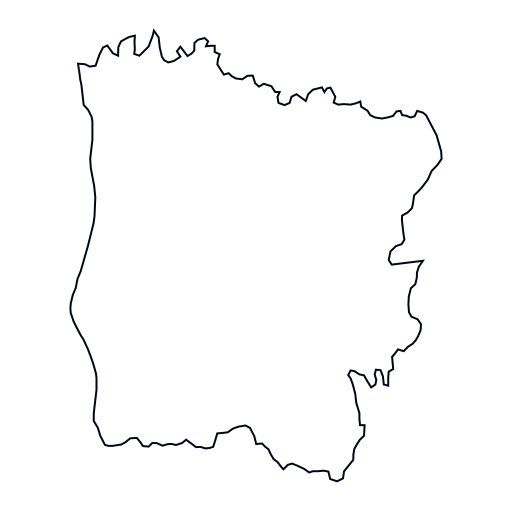 Ribamar Fiquene, Maranhão, Brazil (Natural Earth projection)
{"feature_id": "56859067B76896659935241", "entity_name": "Ribamar Fiquene", "entity_type": "district", "adm_level": 2, "iso_a3": "BRA", "parent_name": "Brazil", "parent_adm1": "Maranhão", "projection": "natural_earth1", "projection_center": [-47.299, -5.958], "detail": "fine", "context": "isolated", "style": "outline", "palette": "ink", "viewbox_px": 512, "rotation_deg": 0, "n_neighbors": 0, "source": "geoboundaries", "source_scale": "gbopen_adm2", "svg_char_len": 3216}
<svg xmlns="http://www.w3.org/2000/svg" viewBox="0 0 512 512"><path d="M83.7,105.0L88.1,109.8L91.6,116.8L92.4,121.6L92.4,139.8L90.2,158.8L90.8,168.1L94.2,186.1L95.3,197.4L94.5,216.2L93.6,223.0L88.0,245.7L80.7,271.2L77.6,278.6L75.7,288.0L72.7,295.3L70.8,303.5L70.4,308.1L70.7,312.8L73.5,321.1L76.7,327.6L80.8,335.4L83.3,339.2L88.0,349.4L90.6,356.2L93.2,363.6L95.9,373.2L96.5,377.7L96.5,389.8L93.8,413.0L93.7,420.9L97.9,427.9L100.2,435.6L104.9,444.8L108.5,445.9L112.4,445.9L121.3,444.5L125.6,442.1L130.3,438.3L136.8,437.9L140.1,441.9L143.0,446.1L148.6,446.6L152.3,443.0L156.8,443.1L162.6,445.7L167.5,444.2L171.4,443.9L176.0,445.0L182.1,443.0L186.1,439.7L191.3,443.5L195.9,447.1L200.5,446.9L205.4,448.4L209.5,448.0L213.2,446.8L215.0,441.2L217.3,433.4L222.9,432.9L227.8,432.3L232.8,428.7L238.2,426.7L245.5,425.5L250.0,427.9L254.3,436.2L256.2,444.0L262.0,443.5L265.3,446.8L268.4,449.2L270.8,454.3L273.6,459.1L277.7,462.2L280.5,466.0L283.4,469.3L287.9,464.8L292.2,463.6L297.4,465.7L304.0,468.8L309.3,472.5L312.9,471.2L318.0,471.2L323.7,470.7L328.4,471.6L330.2,479.0L337.1,481.3L343.0,478.4L344.0,471.4L353.3,459.8L353.4,454.4L354.3,449.0L356.5,445.0L359.9,439.7L364.0,435.8L364.6,425.2L360.0,425.1L359.4,418.6L359.4,413.1L356.3,402.9L355.2,393.7L354.0,389.0L352.5,383.6L350.6,378.4L348.2,375.1L350.6,370.5L354.4,371.1L359.4,374.4L364.0,375.3L367.3,381.2L371.2,387.4L375.4,384.5L376.3,380.0L374.7,374.6L375.9,369.7L380.5,370.1L382.9,376.2L383.8,384.5L388.2,385.7L388.2,378.1L388.7,371.7L393.2,369.0L392.5,361.4L392.1,356.8L394.8,353.8L398.0,349.4L403.7,351.2L408.0,346.8L412.7,343.7L415.8,340.2L418.2,336.0L420.6,330.2L421.0,324.3L417.6,319.3L411.5,316.7L409.0,312.3L408.4,304.5L408.8,296.5L410.9,288.2L415.3,284.2L416.8,277.8L417.0,272.4L418.8,266.8L422.9,260.8L406.4,262.8L391.7,264.6L388.7,259.9L390.5,251.4L395.8,246.2L401.7,244.1L404.4,239.6L403.3,232.5L401.9,220.0L402.1,215.6L407.8,212.4L411.9,208.2L412.9,204.0L414.1,195.4L417.4,192.2L421.9,187.4L427.8,179.6L431.6,171.0L437.4,165.0L441.6,158.8L441.2,151.6L437.8,139.5L436.6,135.3L426.2,115.4L423.1,112.7L417.2,110.9L414.6,116.3L410.6,117.5L406.2,115.7L402.1,115.1L400.5,110.9L396.6,111.4L392.9,116.0L387.3,117.5L382.1,118.5L375.1,117.5L370.3,115.2L367.5,110.7L361.2,106.7L360.3,101.5L356.3,103.2L350.6,104.6L343.9,104.1L338.2,104.6L333.7,102.6L335.3,96.8L333.1,92.6L330.4,87.6L326.8,88.5L324.4,92.1L321.9,87.4L317.2,88.6L312.9,89.7L308.2,94.2L305.8,101.0L301.0,97.5L296.5,94.2L291.5,96.8L289.6,102.9L284.5,105.1L278.5,102.9L277.5,96.8L279.6,92.1L275.1,91.9L271.4,86.2L263.8,83.8L259.0,86.6L255.1,83.1L252.8,75.6L247.4,75.8L242.3,79.3L235.6,78.4L231.7,76.1L228.6,73.2L223.9,74.6L220.8,69.9L217.3,64.3L218.1,58.8L219.7,54.3L214.7,52.0L214.7,45.8L210.5,45.8L206.0,46.3L208.1,41.3L204.7,38.1L198.3,39.6L194.4,43.0L194.3,50.5L191.6,53.6L187.5,56.0L180.4,46.7L176.9,51.2L180.4,56.7L173.9,61.0L168.2,62.4L164.1,60.2L161.9,56.7L159.8,47.7L158.6,37.3L153.9,30.7L152.5,36.3L148.6,46.5L139.4,55.7L134.2,53.9L134.8,49.6L134.5,41.4L134.9,35.7L129.3,36.9L125.8,38.7L121.0,41.4L118.3,47.2L118.1,55.7L112.9,53.3L107.3,45.5L103.0,47.5L99.4,54.7L95.6,65.7L89.8,66.6L84.9,64.2L78.0,63.7L79.5,73.4L80.2,79.4L81.4,84.8L83.7,105.0Z" fill="none" stroke="#020617" stroke-width="2"/></svg>